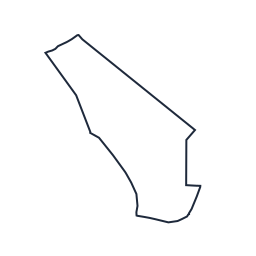 St Lawrence Estate, Anse-la-Raye, Saint Lucia, rotated 78°
{"feature_id": "8701671B81059330414733", "entity_name": "St Lawrence Estate", "entity_type": "district", "adm_level": 2, "iso_a3": "LCA", "parent_name": "Saint Lucia", "parent_adm1": "Anse-la-Raye", "projection": "equal_earth", "projection_center": [-61.042, 13.942], "detail": "fine", "context": "isolated", "style": "outline", "palette": "slate", "viewbox_px": 256, "rotation_deg": 78, "n_neighbors": 0, "source": "geoboundaries", "source_scale": "gbopen_adm2", "svg_char_len": 723}
<svg xmlns="http://www.w3.org/2000/svg" viewBox="0 0 256 256"><g transform="rotate(78 128 128)"><path d="M225.0,86.2L224.1,86.1L220.4,82.6L209.3,75.0L200.7,69.6L199.6,69.3L198.5,73.8L196.0,83.0L151.8,73.4L143.9,62.9L31.8,154.2L26.8,157.0L26.7,158.3L28.1,161.5L29.4,164.5L30.8,168.7L31.2,170.1L33.2,178.6L33.4,179.5L35.5,182.6L36.4,186.0L36.5,187.3L36.7,190.1L37.3,193.1L85.2,171.9L123.9,165.7L124.9,166.0L131.5,158.4L147.8,150.2L151.6,148.3L170.5,139.9L171.9,139.4L182.1,136.2L194.3,133.5L206.2,134.9L212.1,137.3L214.5,137.7L215.4,137.8L215.9,136.9L216.6,135.1L218.2,131.0L220.5,125.4L223.0,120.0L228.7,108.1L229.3,98.8L228.3,94.3L226.8,88.6L225.2,87.1L225.0,86.2Z" fill="none" stroke="#1e293b" stroke-width="2"/></g></svg>